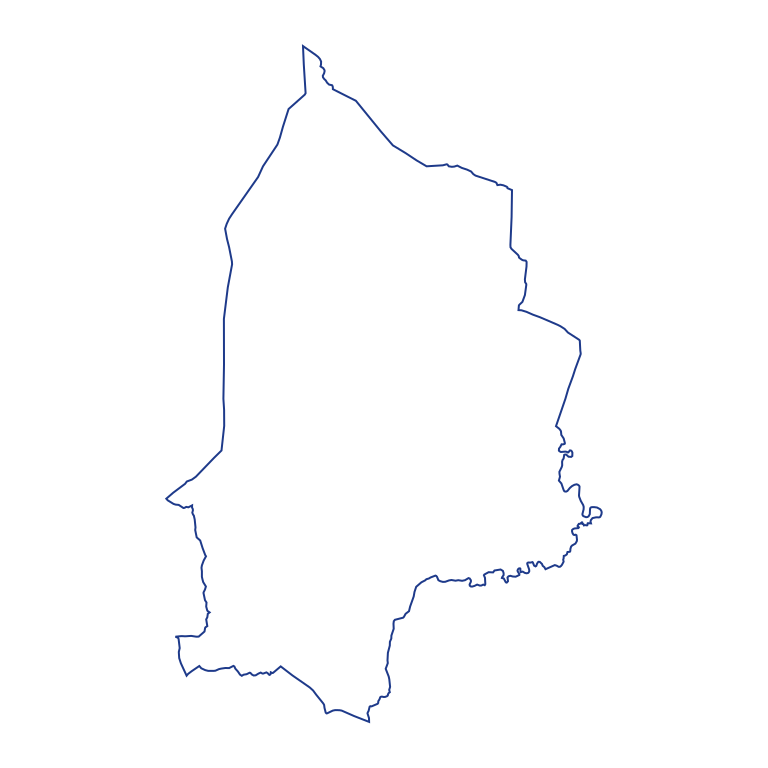 Phu Thien, Gia Lai, Vietnam (Robinson projection)
{"feature_id": "81297802B15377501666570", "entity_name": "Phu Thien", "entity_type": "district", "adm_level": 2, "iso_a3": "VNM", "parent_name": "Vietnam", "parent_adm1": "Gia Lai", "projection": "robinson", "projection_center": [108.328, 13.506], "detail": "fine", "context": "isolated", "style": "outline", "palette": "blue", "viewbox_px": 768, "rotation_deg": 0, "n_neighbors": 0, "source": "geoboundaries", "source_scale": "gbopen_adm2", "svg_char_len": 6102}
<svg xmlns="http://www.w3.org/2000/svg" viewBox="0 0 768 768"><path d="M591.0,523.4L590.5,521.6L590.9,520.1L592.5,518.1L596.1,517.3L598.9,517.4L599.7,517.2L600.3,516.7L601.4,514.4L601.7,512.6L601.5,511.3L600.9,510.2L600.1,509.2L597.0,507.5L593.9,507.1L592.0,507.1L590.8,507.5L590.2,508.2L590.0,509.6L589.8,514.2L588.6,516.3L587.5,517.0L586.1,517.2L583.3,516.1L582.6,515.1L582.4,514.1L583.6,509.4L583.7,506.9L583.2,505.1L580.8,500.9L579.2,496.8L579.0,495.4L579.5,487.6L579.5,486.4L579.0,485.6L577.8,484.7L576.6,484.3L574.4,484.8L572.0,486.1L569.9,487.9L567.4,491.0L566.1,491.6L564.9,491.5L564.3,491.2L563.6,489.9L561.4,483.5L558.9,480.6L560.0,476.7L559.5,473.8L559.4,471.8L561.7,467.1L562.2,465.3L562.1,461.7L562.6,459.9L563.6,458.6L564.2,454.9L565.1,454.5L566.1,454.5L568.5,456.7L571.2,456.9L572.3,456.0L572.4,452.7L571.8,451.3L570.9,450.5L569.9,450.4L568.4,452.3L567.9,452.5L566.9,451.9L565.3,451.6L560.9,452.0L559.4,451.2L558.9,450.6L559.0,448.6L560.3,446.9L561.6,444.3L562.9,444.4L564.6,443.9L564.9,443.2L563.7,438.5L561.3,434.9L561.0,431.5L560.6,430.5L559.2,428.7L556.0,426.2L565.4,398.8L568.3,388.8L572.9,376.3L575.2,369.1L580.6,354.4L580.7,353.3L580.3,350.6L579.8,340.7L579.3,339.9L567.9,332.5L564.6,328.9L560.4,326.2L557.6,324.8L539.9,317.2L533.0,314.7L526.4,311.8L521.5,310.3L518.5,310.1L518.9,305.5L519.3,304.8L522.4,301.9L524.9,295.1L526.3,284.9L526.2,283.9L525.1,282.2L524.9,279.4L526.5,266.5L526.6,262.5L526.5,261.7L525.7,260.6L523.1,260.3L521.8,259.7L519.5,258.0L519.0,257.5L518.8,256.2L517.9,254.8L511.6,249.0L510.5,247.3L510.4,244.9L511.6,217.0L512.0,190.1L507.5,188.2L507.3,187.2L506.7,186.7L503.4,185.3L500.4,184.7L497.4,185.1L496.4,182.8L495.1,182.0L475.5,175.6L473.3,174.1L471.1,171.5L467.0,169.6L461.8,167.9L457.3,165.6L454.2,166.6L451.8,166.8L448.8,166.3L447.4,164.5L446.6,164.3L442.9,165.3L426.6,166.3L416.6,160.4L405.6,153.1L392.9,145.4L380.9,131.5L355.9,100.8L332.9,89.2L332.8,86.9L332.3,85.5L332.0,85.2L329.1,84.6L327.1,82.7L325.7,80.4L324.2,79.0L323.0,77.3L322.8,75.8L324.1,73.3L324.6,71.1L324.5,70.2L323.3,68.2L320.5,66.4L321.0,64.6L321.1,61.5L319.9,59.0L318.1,56.9L315.6,54.9L303.0,46.1L303.8,64.6L305.6,93.2L304.8,94.6L302.7,96.5L288.6,109.0L282.9,126.9L279.9,137.6L277.4,144.6L263.0,166.3L258.1,177.0L232.1,214.1L229.1,218.7L226.7,223.9L225.1,228.7L227.0,238.9L229.1,247.2L231.9,261.4L232.1,264.3L227.8,287.4L223.9,318.9L224.0,364.6L223.4,398.8L224.1,410.0L224.2,425.9L221.5,450.5L214.0,457.9L195.9,476.7L191.9,479.6L186.8,481.5L185.1,483.8L173.1,492.8L166.3,498.7L167.7,500.3L173.5,503.9L175.6,504.6L178.7,504.9L183.4,508.0L184.6,507.8L186.2,506.9L188.4,507.3L192.1,505.4L192.0,507.4L192.8,509.1L192.9,510.4L192.3,512.7L193.1,514.7L193.8,515.5L194.7,519.5L195.5,527.4L195.2,530.0L196.7,537.4L200.2,540.5L202.6,548.1L205.2,555.0L206.0,556.3L203.7,560.5L201.9,565.4L201.5,567.8L201.9,571.2L201.9,576.8L202.5,579.5L203.2,582.1L205.9,586.5L205.0,589.5L203.6,592.3L203.5,593.0L205.0,600.2L206.5,602.5L206.2,606.6L207.2,610.3L207.6,611.0L209.6,612.4L207.8,613.8L207.3,617.3L206.2,619.4L207.3,626.1L205.5,627.3L205.1,628.0L204.5,631.5L198.7,636.6L196.4,636.7L191.2,635.9L185.4,636.3L181.4,636.1L175.4,636.7L178.0,637.8L178.6,639.0L179.7,648.1L178.8,652.0L179.2,658.1L180.9,663.3L186.6,675.7L188.1,673.9L191.8,671.1L199.3,666.0L201.3,668.3L205.2,670.1L208.3,670.9L213.4,670.9L215.4,670.7L219.0,669.1L221.2,668.6L225.4,668.0L229.1,668.1L233.4,665.9L234.4,666.5L235.3,668.6L237.9,671.5L240.0,674.6L241.8,675.8L243.6,674.7L246.6,674.2L249.7,672.7L250.4,672.9L252.0,674.6L253.7,675.5L255.7,675.3L258.4,673.6L260.7,672.6L262.3,673.5L263.4,673.5L266.4,672.4L267.6,673.1L269.1,674.7L269.7,674.9L270.7,673.9L270.8,672.3L272.3,673.0L273.0,672.9L280.7,666.4L292.4,675.4L309.8,687.5L313.1,690.5L316.2,694.7L323.3,703.5L324.1,704.9L324.5,707.9L325.7,712.6L326.5,713.4L327.2,713.3L332.8,710.6L335.2,710.1L339.5,710.2L341.7,710.6L354.0,716.0L369.1,721.9L369.0,718.1L367.5,713.4L367.7,712.6L368.6,710.9L369.6,706.8L370.3,706.2L371.5,706.4L377.6,703.8L378.2,702.9L378.3,701.2L379.5,699.3L380.2,697.3L380.8,696.8L381.9,696.6L383.8,697.0L385.2,696.9L387.0,696.2L387.8,695.5L387.9,694.5L388.7,693.0L389.8,692.2L389.2,689.9L390.1,686.9L389.3,679.3L388.7,676.5L385.7,668.8L387.8,663.1L387.5,660.3L387.9,652.8L389.8,645.6L389.9,641.8L391.3,638.6L391.4,635.6L393.7,628.8L393.5,623.7L393.8,621.2L394.9,619.8L403.1,617.7L403.9,616.9L405.6,613.8L409.0,611.2L410.1,606.6L413.7,596.5L414.5,591.9L416.2,586.8L421.4,582.3L425.1,580.4L426.4,579.2L428.9,578.5L430.5,577.5L435.4,575.6L436.2,575.9L437.0,576.8L438.4,580.2L440.3,581.2L442.9,581.9L445.2,581.8L449.1,580.4L451.5,580.0L455.5,580.7L458.3,580.2L462.1,580.8L465.0,580.2L468.5,578.1L469.7,578.5L470.9,580.3L470.9,581.7L469.6,584.4L469.8,585.7L470.9,586.5L472.5,586.5L474.5,585.9L477.1,584.6L479.9,585.6L481.4,585.5L483.2,584.6L484.7,585.2L485.2,584.5L485.3,583.7L485.0,577.9L483.9,575.2L484.4,574.5L488.6,572.2L493.1,572.4L494.5,570.5L500.6,569.5L502.9,570.9L503.6,573.1L503.6,575.1L502.1,577.3L501.9,578.0L503.8,578.5L505.6,582.0L506.3,582.6L506.9,582.5L508.0,581.2L507.5,577.4L508.5,576.3L510.3,575.8L512.8,576.5L515.7,576.7L519.3,575.0L519.4,574.1L517.8,571.6L517.5,570.7L517.9,569.4L518.8,568.5L519.9,568.3L520.3,568.6L520.5,571.5L520.8,572.1L522.7,571.6L524.8,572.9L526.6,573.3L528.0,573.0L528.7,572.4L529.3,571.1L529.1,569.3L527.2,563.8L527.4,563.0L528.2,562.5L530.4,562.6L532.5,562.1L532.9,562.6L534.1,565.6L535.5,566.4L536.3,565.9L536.9,564.0L537.9,562.3L538.5,561.8L539.8,561.9L542.0,564.0L542.7,565.8L544.4,567.2L545.5,569.2L554.8,565.1L556.7,565.7L558.6,566.8L559.9,566.8L561.0,566.0L561.9,564.9L563.6,561.7L563.2,559.6L563.6,558.4L563.8,555.9L565.3,555.5L566.8,554.4L567.5,552.0L569.8,551.8L570.3,551.0L570.4,548.9L571.1,546.6L572.1,545.5L575.4,543.6L576.8,541.2L577.0,539.8L576.5,535.3L575.7,534.7L574.2,535.0L573.4,534.6L572.5,533.1L572.0,531.2L572.1,530.0L572.9,529.2L574.3,528.5L578.4,528.1L578.9,527.3L577.6,526.2L577.6,525.7L578.8,523.9L579.8,523.9L582.0,522.3L582.3,522.5L582.4,524.0L583.4,524.1L583.9,525.4L585.1,525.1L587.0,525.4L587.5,524.9L587.6,523.4L587.8,523.2L591.0,523.4Z" fill="none" stroke="#1e3a8a" stroke-width="2"/></svg>